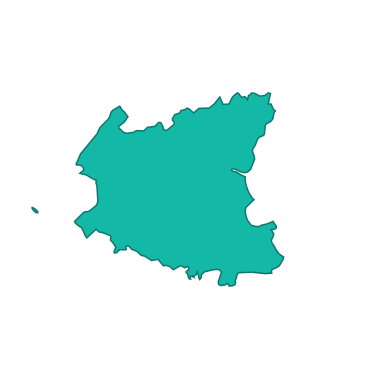 SVG path tracing the border of Devon, rotated 315°
{"feature_id": "GBR-2048", "entity_name": "Devon", "entity_type": "Administrative County", "adm_level": 1, "iso_a3": "GBR", "parent_name": "United Kingdom", "parent_adm1": "", "projection": "mercator", "projection_center": [-3.833, 50.73], "detail": "fine", "context": "isolated", "style": "filled", "palette": "teal", "viewbox_px": 384, "rotation_deg": 315, "n_neighbors": 0, "source": "natural_earth", "source_scale": "10m", "svg_char_len": 3292}
<svg xmlns="http://www.w3.org/2000/svg" viewBox="0 0 384 384"><g transform="rotate(315 192 192)"><path d="M308.3,193.6L305.9,194.1L301.0,197.4L297.7,197.8L292.4,196.3L290.8,196.8L287.6,199.5L286.9,199.9L284.6,201.9L283.3,202.5L281.8,202.3L279.1,201.1L277.5,200.8L274.9,201.3L270.2,203.5L264.5,204.8L262.9,207.0L261.7,210.0L259.6,213.0L249.5,217.4L246.3,217.3L244.0,216.5L242.1,214.7L240.4,211.4L238.6,206.2L238.0,205.3L237.6,205.1L237.3,204.6L236.9,204.2L236.1,204.0L235.6,204.4L235.4,205.5L235.6,206.5L237.3,208.5L239.2,216.0L240.4,218.9L237.9,221.3L235.7,224.3L233.7,228.1L231.8,232.5L230.3,238.5L230.4,241.3L229.7,241.3L227.0,241.1L223.0,241.1L219.0,241.1L215.8,243.4L213.3,247.0L211.3,251.0L210.7,254.6L210.4,257.7L212.1,260.4L214.4,263.5L218.1,264.9L222.4,267.6L227.5,269.8L228.5,270.1L228.3,270.5L227.4,275.9L225.7,277.1L223.5,276.4L221.3,274.5L220.3,279.3L217.3,281.1L214.2,282.0L212.7,284.1L212.0,287.8L210.6,292.3L209.8,297.4L210.8,302.9L208.8,304.0L203.2,305.6L200.8,305.8L197.7,305.1L195.1,303.8L192.9,303.5L190.9,305.8L185.7,301.1L177.6,291.0L168.5,282.6L166.9,281.9L165.7,282.2L162.1,284.3L160.7,284.8L159.9,285.3L158.1,287.4L156.9,287.9L155.4,287.5L154.0,286.7L151.7,284.8L152.1,284.0L152.6,281.9L149.5,281.0L146.5,278.8L145.4,276.3L147.5,273.7L150.8,272.3L154.0,270.5L156.1,269.6L156.4,268.3L156.4,267.1L155.7,265.1L153.1,262.8L150.2,260.8L146.9,258.8L144.2,257.2L142.0,257.2L140.0,257.2L138.0,259.0L135.8,259.1L135.8,259.3L135.5,259.3L135.9,258.0L137.8,255.1L139.3,252.0L136.5,253.4L135.1,253.2L133.6,252.0L133.2,253.7L131.8,250.7L130.3,250.9L129.5,252.6L128.5,251.3L129.4,249.6L130.9,246.6L131.2,244.3L135.1,244.3L136.1,243.4L136.2,241.6L133.2,240.4L132.5,237.4L131.3,235.7L123.9,233.8L123.5,228.9L121.8,225.6L119.6,223.9L120.3,215.6L114.9,211.8L113.2,203.9L111.3,200.9L111.1,195.0L108.9,190.1L109.0,185.1L106.6,183.7L105.0,186.1L104.1,185.9L100.2,181.7L95.7,181.6L94.0,180.3L94.7,179.0L98.9,177.4L100.0,173.6L100.4,168.2L102.7,166.6L103.4,165.1L99.8,157.0L98.1,154.8L97.7,150.5L85.2,150.1L85.8,146.5L86.8,144.7L88.8,139.1L88.2,137.4L87.7,134.3L87.6,131.2L88.2,129.8L100.6,129.8L102.2,130.3L105.0,132.5L106.4,132.9L114.5,133.8L117.4,132.9L119.4,131.4L128.8,120.8L129.6,119.6L130.2,118.2L131.1,117.1L132.6,116.2L131.7,114.1L130.0,108.0L129.7,106.4L129.2,105.0L126.9,101.4L125.9,99.5L130.6,99.9L131.6,99.5L132.5,97.1L132.3,94.8L131.3,92.9L129.7,91.8L129.7,90.4L140.3,86.2L165.8,83.8L171.0,81.8L173.6,81.3L183.7,81.3L186.7,80.7L191.2,78.4L193.7,78.2L201.6,80.2L201.3,81.6L201.2,82.0L200.5,84.1L200.8,87.6L199.9,93.5L193.5,94.7L186.4,93.8L185.6,95.1L185.8,101.7L187.6,104.6L192.9,108.5L196.2,109.4L201.1,114.7L206.3,114.8L212.1,119.3L217.7,119.2L218.9,121.0L218.0,124.4L216.1,127.7L217.2,130.5L227.1,131.5L228.6,130.2L229.0,127.4L230.0,126.3L234.6,125.1L238.8,127.3L241.9,126.6L245.1,128.7L247.8,129.2L248.7,131.2L249.1,137.3L256.0,137.8L263.4,144.7L269.9,145.5L278.8,144.5L275.9,151.9L280.2,155.9L288.2,153.4L294.1,153.9L294.6,155.4L294.0,160.1L296.9,162.1L296.5,165.9L300.3,163.7L301.6,164.5L303.9,164.0L305.9,166.1L307.9,172.3L311.6,175.2L316.1,175.9L317.1,177.9L308.1,183.7L310.1,185.6L307.8,191.7L308.3,193.6ZM68.9,92.4L69.1,93.9L69.2,96.6L68.2,97.6L67.1,96.1L66.9,93.1L67.4,90.3L68.1,89.9L68.7,91.5L68.9,92.4Z" fill="#14b8a6" stroke="#0f766e" stroke-width="1.5"/></g></svg>